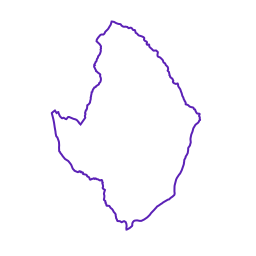 the district of Garagoa, Boyacá, Colombia, rotated 125°
{"feature_id": "7082276B73861688893485", "entity_name": "Garagoa", "entity_type": "district", "adm_level": 2, "iso_a3": "COL", "parent_name": "Colombia", "parent_adm1": "Boyacá", "projection": "albers", "projection_center": [-73.307, 5.088], "detail": "fine", "context": "isolated", "style": "outline", "palette": "violet", "viewbox_px": 256, "rotation_deg": 125, "n_neighbors": 0, "source": "geoboundaries", "source_scale": "gbopen_adm2", "svg_char_len": 5815}
<svg xmlns="http://www.w3.org/2000/svg" viewBox="0 0 256 256"><g transform="rotate(125 128 128)"><path d="M174.0,58.4L171.2,57.4L170.7,57.1L168.7,56.5L165.5,55.0L163.9,54.3L162.9,53.4L160.8,53.0L158.7,52.2L156.5,51.7L156.0,51.7L154.6,52.4L153.7,53.3L152.0,54.5L149.3,56.3L148.2,56.9L142.6,59.0L140.8,59.3L136.9,59.4L135.9,59.3L135.6,59.2L132.8,59.6L131.6,59.8L126.0,61.4L125.0,61.8L124.5,62.2L123.7,62.5L121.8,63.6L119.2,63.9L118.3,64.4L116.7,64.4L114.3,64.7L111.5,66.1L110.4,66.9L109.4,67.3L108.0,67.2L106.6,67.3L105.7,67.7L104.1,68.2L103.6,68.5L101.5,70.3L100.5,70.9L97.1,72.4L94.0,73.1L90.8,74.3L86.6,74.6L83.4,73.6L82.4,73.6L80.9,73.9L80.6,73.9L80.2,73.6L79.9,73.7L79.1,74.7L78.0,75.4L77.4,76.7L75.5,77.3L75.4,77.6L75.5,78.0L76.4,79.5L76.4,80.2L75.6,82.0L74.5,83.5L74.4,83.7L74.7,84.6L74.6,84.8L74.0,85.8L73.9,86.1L74.0,86.8L74.6,88.1L75.1,89.9L74.8,91.5L74.8,91.9L75.0,92.9L75.5,94.3L75.4,94.5L74.7,94.9L74.4,95.1L73.8,95.9L73.6,96.4L73.5,96.9L73.1,97.3L72.5,98.7L71.3,100.2L70.5,101.9L68.7,104.0L67.8,105.4L66.3,107.4L65.2,110.3L64.9,110.8L64.7,111.1L63.7,111.9L63.2,112.6L63.1,112.9L63.4,113.2L64.4,114.0L64.5,114.3L64.9,115.9L64.9,116.6L64.8,117.1L64.6,117.5L64.3,117.8L63.4,117.9L62.9,118.6L62.6,119.4L62.1,120.0L62.2,121.5L62.0,122.0L62.1,122.4L62.0,122.7L61.2,123.6L61.0,124.4L60.3,124.7L59.8,125.4L58.9,126.3L58.6,126.7L58.4,128.1L58.3,128.4L56.9,128.8L55.9,129.6L55.2,130.6L55.1,131.0L54.7,133.3L53.8,134.6L53.8,135.0L53.9,135.9L53.8,136.5L53.6,137.0L52.9,137.8L52.6,138.2L52.3,139.1L51.8,142.0L52.3,144.3L52.2,144.8L51.5,145.6L50.9,146.0L49.1,146.8L48.7,147.2L48.6,147.5L48.4,149.5L49.9,151.3L50.0,152.0L49.6,154.0L49.4,155.9L49.2,157.0L48.7,157.6L47.7,158.4L47.6,158.6L47.7,158.9L48.7,159.8L48.8,160.4L48.7,160.6L48.3,161.1L47.2,161.4L46.9,161.6L46.6,162.2L46.6,162.6L46.9,163.9L46.7,165.2L46.4,165.6L45.1,166.2L44.9,166.4L44.8,166.7L44.7,167.5L45.0,169.1L45.4,170.5L45.9,171.9L46.0,172.4L46.0,172.8L45.5,174.6L45.6,176.3L44.2,178.0L43.9,178.7L44.5,179.5L44.7,179.9L44.7,180.5L44.2,181.6L44.1,182.2L44.2,183.2L44.6,183.7L45.7,184.5L45.9,184.9L45.6,186.5L46.1,187.5L46.4,188.2L46.7,188.5L47.5,189.6L47.8,190.6L47.8,192.1L47.4,193.0L47.3,193.6L47.5,194.2L48.2,195.5L48.5,196.4L48.9,198.0L49.1,200.3L49.9,202.1L50.2,202.5L53.3,201.4L55.8,201.3L57.9,201.1L59.0,201.2L62.2,201.8L63.3,201.6L64.2,201.5L65.0,201.6L65.6,201.8L66.5,203.2L67.4,203.9L67.8,204.0L71.0,204.3L72.6,204.3L73.6,204.2L75.0,203.5L75.6,199.3L76.4,197.3L76.8,196.8L77.1,196.6L77.5,196.6L78.5,195.6L79.4,195.5L79.6,195.4L80.1,194.7L81.2,194.1L81.9,194.0L82.6,193.7L83.3,193.5L85.2,193.4L86.2,193.6L86.6,193.5L87.7,193.0L89.3,193.0L91.3,192.2L91.9,192.2L92.6,192.4L93.1,192.2L94.4,192.0L95.4,192.0L95.6,191.8L95.7,191.2L96.5,191.4L97.1,191.0L97.4,190.7L97.6,190.1L98.2,189.2L99.1,187.4L99.7,186.9L99.7,186.1L99.6,185.8L99.9,184.7L99.9,182.4L100.0,181.6L100.1,181.4L101.4,180.7L101.8,180.3L102.3,179.4L103.0,178.6L104.1,177.8L105.7,177.2L106.3,177.1L106.9,177.1L107.9,177.4L108.3,177.2L109.0,176.9L111.5,177.9L112.1,178.1L113.1,178.0L114.0,178.8L114.6,178.8L115.3,178.7L116.4,178.8L117.9,178.4L118.7,178.0L119.3,178.1L119.6,178.3L120.9,177.5L122.7,176.8L123.6,176.2L124.2,176.2L125.5,175.2L127.9,174.3L128.8,173.8L129.1,173.7L131.3,173.8L132.4,174.3L132.8,174.4L133.5,173.9L135.5,172.8L136.2,172.7L136.4,172.5L136.9,172.4L137.6,172.7L137.8,172.7L138.7,172.2L139.7,172.1L140.5,171.6L140.5,171.3L140.9,170.9L141.5,170.6L142.4,170.5L143.3,169.9L143.7,169.3L144.1,168.9L152.3,168.9L152.0,170.7L151.4,172.0L151.4,172.5L151.0,173.6L150.9,174.2L151.0,175.8L151.8,178.0L152.7,182.3L152.8,182.6L153.3,183.3L153.8,183.4L155.5,183.5L156.1,183.6L156.4,184.3L156.5,186.5L156.7,186.8L157.6,187.3L157.9,187.9L157.8,188.3L157.6,189.7L157.3,190.7L155.6,193.5L155.0,194.2L155.4,194.6L156.7,195.1L155.6,197.9L157.7,198.6L159.4,199.0L159.7,198.8L161.8,196.3L163.8,194.0L166.1,191.6L169.5,188.4L172.5,185.4L173.8,184.3L175.5,182.5L175.9,182.0L176.1,181.3L176.2,180.5L178.3,177.5L179.1,176.5L181.6,174.5L183.4,173.4L186.3,171.2L186.6,170.8L186.7,169.9L187.0,169.4L187.3,169.0L187.8,167.1L188.5,165.4L189.5,161.8L189.3,158.2L189.4,157.6L190.3,154.6L190.8,153.3L192.9,150.1L193.2,149.3L193.5,147.6L193.7,147.3L193.0,143.9L192.8,143.6L191.6,143.2L191.0,142.7L191.1,142.2L191.4,141.8L191.4,141.6L190.8,141.3L190.6,141.1L190.6,140.8L190.9,140.3L190.4,139.4L190.6,139.0L191.4,138.4L191.3,138.0L190.3,135.6L190.3,134.8L190.4,134.4L191.0,133.7L191.0,133.1L190.7,132.4L190.7,131.9L191.0,131.1L191.8,130.1L192.0,129.5L191.9,129.2L191.7,129.0L190.4,128.4L189.8,127.6L189.1,127.4L188.8,127.1L188.7,126.9L188.8,126.0L188.5,125.8L188.1,125.8L187.8,125.5L187.9,124.4L187.3,123.3L187.1,121.1L186.7,120.5L186.0,120.2L185.7,119.7L185.7,119.4L185.9,119.0L186.2,118.7L187.0,118.1L187.1,117.4L187.5,117.2L188.0,117.3L188.3,117.0L188.8,116.2L189.9,115.1L190.7,114.6L191.5,114.5L191.8,114.2L192.1,113.0L191.9,112.0L192.0,111.3L194.3,110.6L195.7,110.0L196.2,109.5L196.7,108.8L197.3,108.3L198.8,107.4L200.3,106.8L200.6,106.5L200.7,106.3L200.8,104.8L201.0,104.6L201.6,104.2L201.7,103.6L201.9,103.4L202.4,103.3L202.5,103.2L203.0,101.9L203.8,101.2L203.8,100.6L202.8,99.2L202.6,98.7L202.7,98.1L203.3,96.8L203.5,95.7L203.5,94.7L204.0,93.2L204.9,91.6L205.2,90.2L205.6,89.0L205.9,88.5L207.0,87.7L207.8,86.7L208.3,86.4L208.7,85.8L208.9,85.7L209.1,85.1L209.3,84.6L209.8,84.1L210.2,83.3L210.1,83.0L209.1,81.4L208.9,80.8L208.9,79.6L208.8,79.1L206.9,78.1L206.5,77.6L206.4,77.2L206.5,76.2L206.4,76.0L207.4,74.4L208.3,73.6L209.1,72.9L210.9,72.0L212.1,71.0L212.0,70.8L209.5,69.5L208.4,69.1L206.0,68.5L205.4,68.6L204.1,69.5L203.1,69.9L201.9,70.0L200.7,69.8L199.8,69.2L198.8,68.0L198.4,67.5L197.4,65.2L196.6,64.0L195.9,63.5L193.7,62.3L191.1,61.3L189.9,60.9L186.6,60.3L184.4,60.3L180.0,59.6L178.0,59.4L177.0,59.2L176.0,59.2L175.5,59.1L174.0,58.4Z" fill="none" stroke="#5b21b6" stroke-width="2"/></g></svg>